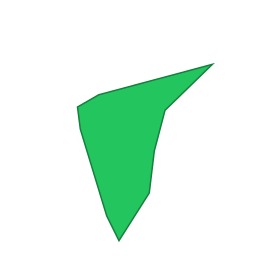 the District of Moore's Island, rotated 213°
{"feature_id": "BHS-5017", "entity_name": "Moore's Island", "entity_type": "District", "adm_level": 1, "iso_a3": "BHS", "parent_name": "The Bahamas", "parent_adm1": "", "projection": "albers", "projection_center": [-77.56, 26.303], "detail": "fine", "context": "isolated", "style": "filled", "palette": "green", "viewbox_px": 256, "rotation_deg": 213, "n_neighbors": 0, "source": "natural_earth", "source_scale": "10m", "svg_char_len": 283}
<svg xmlns="http://www.w3.org/2000/svg" viewBox="0 0 256 256"><g transform="rotate(213 128 128)"><path d="M181.8,118.1L170.6,140.0L91.9,227.4L106.6,163.0L93.4,123.0L74.8,85.1L74.2,28.6L98.0,42.7L167.4,101.1L181.8,118.1Z" fill="#22c55e" stroke="#15803d" stroke-width="1.5"/></g></svg>